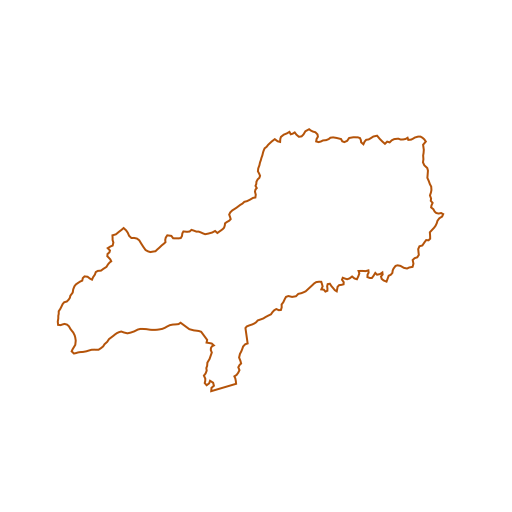 Caçador, Santa Catarina, Brazil (orthographic projection), rotated 323°
{"feature_id": "56859067B84953016884325", "entity_name": "Caçador", "entity_type": "district", "adm_level": 2, "iso_a3": "BRA", "parent_name": "Brazil", "parent_adm1": "Santa Catarina", "projection": "orthographic", "projection_center": [-51.104, -26.764], "detail": "fine", "context": "isolated", "style": "outline", "palette": "amber", "viewbox_px": 512, "rotation_deg": 323, "n_neighbors": 0, "source": "geoboundaries", "source_scale": "gbopen_adm2", "svg_char_len": 5753}
<svg xmlns="http://www.w3.org/2000/svg" viewBox="0 0 512 512"><g transform="rotate(323 256 256)"><path d="M51.4,221.2L51.9,224.3L53.8,225.2L55.8,225.9L57.7,226.9L60.1,228.5L63.1,230.0L65.6,230.9L68.2,231.9L70.2,233.3L73.8,236.1L76.9,236.3L79.6,236.2L81.9,235.3L85.5,235.0L88.6,233.9L91.8,233.9L94.2,233.9L96.3,233.8L98.6,233.9L100.8,234.4L102.9,235.2L104.5,237.6L106.8,240.4L109.7,241.7L113.3,242.9L117.3,243.6L119.7,244.6L121.9,246.3L124.4,248.4L127.0,251.1L128.7,252.6L130.7,254.1L132.7,255.4L134.7,256.5L137.3,257.8L140.0,258.5L142.5,258.8L145.6,259.4L148.3,260.7L150.7,262.3L153.2,263.8L155.6,263.9L158.7,274.3L161.6,278.0L163.8,280.1L165.2,281.5L166.6,283.5L166.5,293.6L164.4,295.4L166.5,297.6L168.0,299.3L168.5,302.0L166.5,301.6L164.6,302.4L163.3,303.9L162.6,306.5L156.9,310.3L153.0,311.9L150.9,314.3L148.9,315.6L147.6,317.9L145.0,319.5L142.4,320.2L141.7,323.4L140.3,325.2L138.6,326.6L138.8,329.5L142.0,329.5L144.2,328.0L145.5,331.4L144.3,334.3L141.1,334.5L138.9,337.0L163.2,346.1L164.7,343.6L165.8,341.3L166.3,339.1L168.9,339.3L171.6,338.5L174.1,337.2L174.9,334.2L177.4,333.1L179.4,332.9L180.4,330.5L181.4,326.9L184.3,324.5L186.7,323.4L188.9,322.1L191.3,320.5L194.3,320.0L196.7,320.8L204.2,307.2L206.2,306.7L208.9,307.4L211.8,308.4L214.2,308.9L216.2,309.0L218.6,308.5L222.0,309.6L224.3,310.3L226.9,310.5L230.0,311.0L232.9,311.6L235.2,310.8L237.9,310.3L240.3,310.6L241.6,313.0L243.4,314.1L245.6,312.5L247.3,310.1L249.9,309.4L251.6,308.5L253.5,307.5L255.4,306.7L257.8,307.5L260.2,310.4L263.7,312.2L267.0,311.7L269.9,313.0L272.5,313.7L274.4,314.1L276.5,313.9L278.4,313.7L280.5,313.5L283.6,313.2L286.0,312.9L288.4,313.1L290.9,314.5L292.6,315.9L291.7,318.4L290.9,320.4L288.1,322.0L289.9,323.7L290.0,326.2L292.1,326.7L293.6,324.8L294.6,323.0L296.3,321.6L298.3,322.6L298.1,325.4L298.3,328.1L298.4,330.7L299.2,332.8L300.9,331.3L302.6,329.7L304.9,329.3L306.9,330.5L308.9,331.3L310.3,329.7L310.4,326.7L312.2,325.6L313.4,327.5L314.8,329.4L317.2,330.2L320.4,330.2L321.1,333.2L322.6,335.3L325.8,333.6L328.1,332.0L328.9,329.7L331.8,331.8L334.5,334.1L337.1,335.1L335.9,337.1L333.9,338.0L332.3,339.9L333.7,342.1L335.3,343.3L337.8,342.6L341.1,341.3L341.4,343.8L344.3,345.1L347.0,345.2L346.0,347.0L343.5,347.6L342.6,349.9L343.2,352.3L344.8,355.0L347.2,353.5L350.1,351.6L352.3,352.1L354.7,351.6L356.5,349.8L358.3,348.8L361.5,347.9L363.4,348.6L365.4,350.8L367.0,354.5L369.1,356.9L371.5,357.4L374.5,358.9L377.1,356.9L378.7,353.5L381.4,353.2L384.0,354.1L386.7,353.1L388.1,350.7L389.7,348.1L392.4,346.6L395.2,347.7L399.0,346.4L401.5,345.7L403.2,347.3L405.5,347.0L407.1,344.8L409.1,341.7L412.4,341.1L415.3,340.6L417.6,339.9L420.1,338.6L422.1,337.1L425.1,336.2L428.4,336.5L430.7,335.2L429.7,333.1L427.4,332.0L425.8,330.1L425.4,328.0L425.8,325.4L425.1,322.6L426.6,321.2L429.0,319.9L428.8,317.1L430.4,315.5L431.4,312.3L433.9,310.6L435.8,308.9L437.7,306.0L438.1,303.3L439.1,300.1L439.9,296.7L442.5,293.8L444.7,291.3L445.7,288.8L445.0,284.9L445.7,281.7L447.9,279.5L450.0,276.3L451.8,274.6L453.9,272.2L456.4,267.7L460.5,266.8L460.6,264.1L460.1,261.7L459.2,259.6L457.3,258.2L454.2,257.0L452.0,256.8L449.9,256.4L447.5,254.9L448.2,252.8L446.0,252.6L443.5,251.4L441.6,250.0L440.2,247.9L436.7,245.8L434.0,245.3L431.1,245.7L429.6,243.6L426.5,244.0L425.8,240.6L425.3,236.9L425.1,232.8L421.6,231.2L418.7,231.0L416.1,230.7L413.9,229.5L411.6,230.0L409.0,231.4L408.4,228.5L409.5,226.5L410.0,224.4L408.8,222.6L405.3,219.8L401.4,217.8L398.1,218.9L395.1,218.2L393.9,216.3L394.3,213.8L391.4,210.2L389.0,207.7L386.6,206.3L384.5,206.4L381.8,205.7L379.0,204.0L376.7,203.6L374.5,202.7L373.0,200.7L374.8,199.0L377.2,198.0L378.3,195.9L377.9,192.9L376.3,190.8L375.3,188.8L374.7,186.7L370.5,186.1L367.1,187.5L364.4,187.9L362.0,186.6L361.3,183.4L361.3,180.6L358.9,180.4L357.0,179.7L357.4,177.0L354.6,176.7L351.2,175.8L347.6,175.9L345.9,177.1L343.9,179.4L342.3,177.4L341.3,174.0L337.7,174.0L335.5,174.2L332.7,174.5L330.1,175.2L327.7,175.2L325.6,176.4L324.0,177.5L321.7,179.4L319.4,180.9L317.5,182.4L315.5,183.7L313.3,185.6L310.5,187.4L308.5,189.5L308.1,192.1L307.5,194.4L305.7,195.6L303.5,195.8L301.1,196.9L299.5,198.7L297.8,199.7L297.5,202.2L295.6,202.6L293.9,204.0L292.7,206.9L290.7,208.9L288.6,207.8L285.1,207.4L281.9,206.8L279.3,205.7L276.7,206.0L274.2,205.7L272.2,205.7L269.5,205.7L266.6,205.5L264.5,205.3L261.6,205.7L259.5,206.8L258.8,209.1L258.0,211.3L255.9,211.7L253.0,211.3L250.9,211.3L249.5,212.8L247.5,214.2L245.6,214.5L243.6,214.5L241.4,214.4L239.0,214.4L238.4,211.4L235.2,210.9L231.4,209.4L228.5,208.0L227.3,206.1L226.1,203.9L224.8,201.9L223.1,200.7L221.8,198.6L220.2,196.3L217.7,196.5L215.5,195.2L212.8,192.7L210.8,193.6L208.9,195.5L206.7,196.4L204.6,195.2L202.3,193.4L200.5,192.0L200.5,189.0L197.6,186.1L195.0,187.0L193.2,188.5L192.0,190.5L190.1,190.7L187.0,190.8L183.7,191.2L180.8,191.4L178.6,191.7L176.2,190.4L174.0,189.3L172.6,187.4L171.4,184.8L171.5,181.0L171.8,177.0L172.2,173.2L171.4,170.4L169.6,168.3L167.3,166.6L166.8,163.5L167.6,160.2L167.7,157.3L167.1,154.0L164.2,154.2L160.9,154.2L157.2,154.4L153.8,153.1L152.6,154.9L151.1,156.9L150.2,159.4L147.8,161.4L145.5,160.8L142.3,160.5L142.7,163.7L141.1,164.9L138.7,165.0L137.1,166.7L137.4,168.8L137.6,171.0L137.2,173.1L135.1,173.1L132.8,173.6L130.0,174.7L126.3,174.4L123.4,174.4L120.7,172.7L118.4,172.4L116.1,173.9L113.1,174.9L110.8,176.2L109.8,174.2L109.0,171.2L106.8,169.1L104.4,169.4L102.4,171.1L100.3,170.6L97.5,170.4L95.1,170.3L92.8,170.9L90.0,172.6L87.6,174.9L83.8,176.0L82.3,177.3L80.2,178.1L77.5,178.5L75.0,177.5L72.7,178.0L70.4,179.2L68.0,180.4L65.2,181.4L63.6,183.5L62.1,184.8L60.5,186.9L58.2,189.1L56.5,191.9L58.3,193.6L60.2,194.2L62.2,195.0L63.8,197.1L64.3,199.5L63.9,202.5L63.9,204.9L64.0,207.1L63.4,210.3L62.6,212.3L61.1,215.1L58.2,218.2L53.2,220.2L51.4,221.2Z" fill="none" stroke="#b45309" stroke-width="2"/></g></svg>